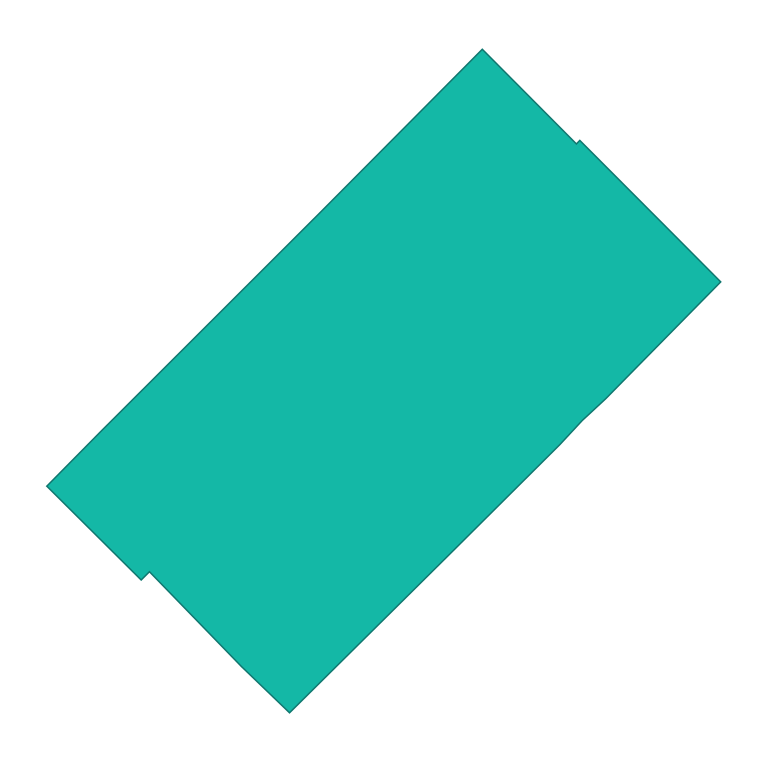 outline of Becker, Minnesota, United States of America, rotated 315°
{"feature_id": "52423323B38815474431976", "entity_name": "Becker", "entity_type": "district", "adm_level": 2, "iso_a3": "USA", "parent_name": "United States of America", "parent_adm1": "Minnesota", "projection": "natural_earth1", "projection_center": [-95.688, 46.934], "detail": "fine", "context": "isolated", "style": "filled", "palette": "teal", "viewbox_px": 768, "rotation_deg": 315, "n_neighbors": 0, "source": "geoboundaries", "source_scale": "gbopen_adm2", "svg_char_len": 370}
<svg xmlns="http://www.w3.org/2000/svg" viewBox="0 0 768 768"><g transform="rotate(315 384 384)"><path d="M150.1,217.3L73.3,217.8L73.7,350.9L85.4,350.9L83.4,483.0L84.7,549.7L313.7,550.8L465.7,551.2L498.4,550.0L530.4,551.2L694.3,549.9L694.5,483.1L694.7,350.2L689.8,350.3L690.2,216.8L460.4,217.6L150.1,217.3Z" fill="#14b8a6" stroke="#0f766e" stroke-width="1.5"/></g></svg>